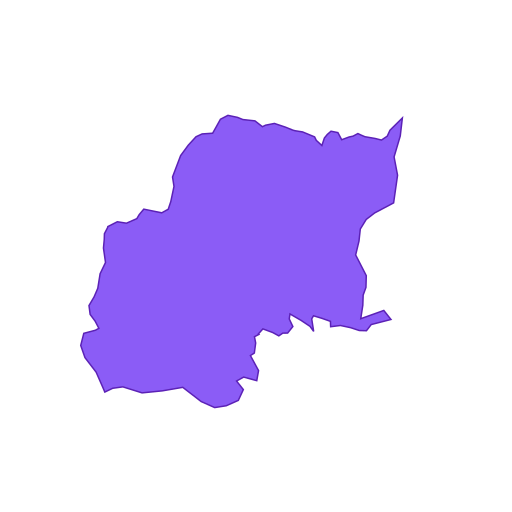 outline of Alektora, Limassol, Cyprus, rotated 202°
{"feature_id": "46923920B57894540392613", "entity_name": "Alektora", "entity_type": "district", "adm_level": 2, "iso_a3": "CYP", "parent_name": "Cyprus", "parent_adm1": "Limassol", "projection": "albers", "projection_center": [32.666, 34.7], "detail": "fine", "context": "isolated", "style": "filled", "palette": "violet", "viewbox_px": 512, "rotation_deg": 202, "n_neighbors": 0, "source": "geoboundaries", "source_scale": "gbopen_adm2", "svg_char_len": 1651}
<svg xmlns="http://www.w3.org/2000/svg" viewBox="0 0 512 512"><g transform="rotate(202 256 256)"><path d="M172.0,438.8L178.9,422.8L179.2,416.3L183.1,410.5L189.6,409.6L199.7,407.4L204.3,407.5L207.4,407.7L210.9,403.5L214.3,401.2L220.1,395.9L226.3,401.1L233.2,399.8L235.4,395.5L236.8,391.0L236.3,383.1L243.4,385.8L246.3,388.4L259.3,388.5L266.6,386.8L269.0,386.5L277.1,386.5L288.6,385.8L296.1,380.9L298.5,378.3L307.6,380.9L319.3,377.6L325.1,377.6L334.7,375.9L340.2,369.5L341.2,361.3L342.2,353.6L351.7,349.0L356.3,344.1L360.3,333.4L363.5,320.9L363.0,298.0L358.1,289.8L355.4,274.6L354.9,266.5L359.6,260.7L377.6,257.4L379.8,250.6L380.5,246.0L388.4,237.9L397.4,235.8L404.4,227.8L404.2,227.1L404.9,219.9L402.9,214.5L400.4,206.2L393.1,193.6L393.9,181.2L390.6,166.8L390.8,157.4L392.3,147.5L387.9,139.7L380.7,135.3L374.6,130.1L377.1,127.0L386.7,119.8L385.0,107.4L376.5,97.7L360.7,88.4L348.5,76.5L345.2,73.2L339.3,79.7L330.4,84.8L310.4,86.4L292.3,95.9L274.7,106.8L252.3,100.5L237.5,100.0L227.5,106.0L218.3,115.5L217.7,127.4L227.2,132.8L222.1,139.1L208.6,140.7L210.7,150.7L223.9,161.6L221.2,165.4L223.7,175.2L227.2,180.6L223.9,184.4L224.6,184.7L222.3,191.0L211.8,191.3L204.9,190.5L202.3,194.5L197.8,196.4L195.4,204.4L201.6,210.1L202.8,215.0L190.2,213.2L179.6,211.0L174.3,207.7L180.8,218.6L180.3,222.1L171.5,222.9L162.5,223.3L160.3,218.4L151.7,223.2L141.4,225.0L132.3,225.6L125.6,228.1L123.5,235.6L107.1,247.7L117.1,253.4L135.4,237.1L138.5,250.3L142.0,259.9L142.3,268.1L146.4,279.1L164.0,294.3L166.1,308.4L169.4,320.1L167.5,331.2L162.1,340.4L148.3,356.8L155.0,383.9L165.1,399.6L167.2,421.3L172.0,438.8Z" fill="#8b5cf6" stroke="#5b21b6" stroke-width="1.5"/></g></svg>